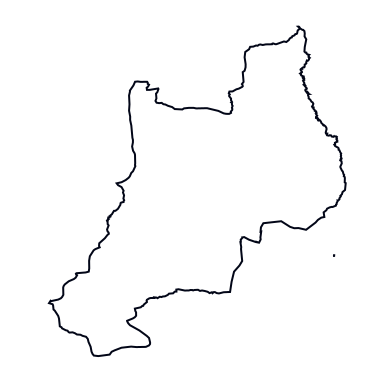 Shinyanga, Shinyanga, United Republic of Tanzania (Natural Earth projection), rotated 264°
{"feature_id": "72390352B3732768371218", "entity_name": "Shinyanga", "entity_type": "district", "adm_level": 2, "iso_a3": "TZA", "parent_name": "United Republic of Tanzania", "parent_adm1": "Shinyanga", "projection": "natural_earth1", "projection_center": [33.123, -3.598], "detail": "fine", "context": "isolated", "style": "outline", "palette": "ink", "viewbox_px": 384, "rotation_deg": 264, "n_neighbors": 0, "source": "geoboundaries", "source_scale": "gbopen_adm2", "svg_char_len": 6012}
<svg xmlns="http://www.w3.org/2000/svg" viewBox="0 0 384 384"><g transform="rotate(264 192 192)"><path d="M43.9,133.2L45.2,134.4L46.8,134.6L51.3,134.0L53.6,132.0L59.8,125.2L66.0,116.4L68.2,114.8L70.2,114.0L70.7,114.0L72.4,119.9L73.4,122.0L74.8,123.5L78.2,123.8L79.6,123.2L82.0,123.0L82.7,129.0L83.8,130.5L83.9,131.6L85.0,132.2L87.3,135.7L88.7,135.5L89.5,135.9L90.7,138.4L90.9,139.8L90.5,143.4L91.2,143.3L90.7,145.7L90.0,146.6L91.2,149.0L90.7,150.8L91.1,151.8L91.1,154.3L92.2,157.2L93.3,158.5L93.2,162.6L94.7,164.4L94.6,166.1L96.6,166.2L96.7,168.4L94.8,174.4L94.4,178.4L94.7,180.3L94.4,182.3L94.0,182.8L94.3,184.2L94.1,187.8L92.8,189.6L93.0,191.7L92.2,194.4L91.1,197.2L89.6,198.9L90.2,201.3L89.2,201.8L90.2,203.3L90.0,204.4L88.9,206.0L88.3,208.2L89.0,213.0L88.6,219.4L98.6,222.0L108.4,225.5L113.9,231.5L118.1,234.7L130.2,234.8L132.1,235.2L136.8,234.9L136.7,235.2L137.7,235.4L139.5,235.5L141.4,237.6L141.6,237.5L141.7,239.2L138.6,243.7L135.6,250.1L135.1,251.7L135.4,251.6L134.6,253.4L137.6,255.3L140.3,255.3L140.1,255.4L145.4,256.7L145.3,256.0L149.7,256.9L153.5,259.7L153.6,277.7L147.1,285.9L145.3,289.9L145.0,294.2L142.5,301.5L148.7,311.7L151.1,314.3L153.0,317.9L153.3,321.0L158.0,320.8L159.8,323.7L161.3,324.6L162.3,327.3L162.6,329.3L162.4,330.3L163.4,333.7L164.4,333.9L164.7,334.5L166.1,334.8L167.8,336.0L168.4,335.9L168.2,337.1L168.4,336.8L169.4,337.9L170.3,337.9L172.1,339.5L172.7,339.2L174.1,340.9L176.2,341.7L178.0,344.4L184.3,345.7L184.8,345.8L185.6,344.9L190.0,345.5L191.2,345.3L191.9,344.6L193.1,345.1L194.0,344.5L196.7,344.1L197.5,343.4L200.9,342.2L201.8,342.2L204.7,343.9L206.9,343.9L207.8,342.9L208.3,343.3L208.4,342.9L209.7,343.5L209.8,344.2L211.9,343.7L212.5,344.1L213.7,343.9L214.7,344.4L215.7,343.7L218.1,343.0L218.7,342.2L220.1,342.4L220.9,341.8L222.7,339.2L224.2,338.5L224.4,339.3L226.0,339.3L226.8,341.6L227.3,341.2L228.2,341.9L229.2,341.2L230.0,341.7L230.5,341.3L231.6,341.9L232.2,341.2L232.4,339.3L232.7,339.1L232.1,338.3L232.6,336.7L233.7,336.3L234.1,335.0L233.7,334.0L234.3,332.2L234.9,332.0L236.0,332.6L236.3,331.3L237.3,331.2L240.4,332.4L241.6,332.4L243.2,331.7L244.6,330.4L244.4,329.8L244.8,329.4L245.4,329.4L247.1,327.9L248.7,327.5L250.2,326.5L249.8,325.4L250.0,324.9L251.2,324.5L251.5,324.9L252.0,324.3L252.3,324.7L252.7,324.4L253.3,323.7L253.1,323.1L253.8,323.2L254.8,324.5L256.3,323.6L257.2,324.1L257.6,323.4L258.5,324.0L259.2,323.9L259.9,322.5L260.9,322.5L262.2,321.4L263.3,321.8L263.6,320.6L264.6,320.3L265.0,321.0L267.0,321.9L268.4,321.4L269.4,320.2L271.4,319.3L272.9,317.8L274.4,318.0L275.9,317.5L277.8,317.8L277.2,318.1L277.2,318.6L277.6,318.0L278.2,318.1L279.7,317.1L279.8,316.7L279.2,316.4L281.1,315.3L282.0,315.5L282.5,316.8L283.1,317.0L285.6,315.3L286.0,315.9L286.5,315.6L286.4,315.0L287.1,314.2L288.0,315.1L288.7,315.1L291.0,314.1L291.6,315.2L292.5,314.7L292.9,315.5L293.8,315.3L293.7,314.2L294.1,314.0L295.3,315.0L296.3,313.0L297.0,312.6L297.7,312.8L298.5,311.9L299.7,313.9L300.5,313.8L301.2,313.1L302.3,312.7L302.8,313.0L303.3,313.9L303.0,314.6L303.9,314.7L304.4,315.7L304.3,316.7L304.8,317.1L307.0,317.4L307.3,318.3L308.1,319.2L309.0,319.1L310.8,320.0L310.4,320.7L310.6,321.3L311.6,322.2L312.7,322.4L313.1,323.1L314.2,322.0L314.7,322.4L315.7,322.1L316.2,322.8L316.9,321.1L317.6,320.5L318.7,320.3L318.8,319.4L319.9,318.5L324.4,319.3L331.9,321.6L335.0,320.2L337.9,320.7L340.3,320.6L341.6,319.5L341.7,318.8L343.2,316.8L345.1,315.8L345.4,315.2L345.4,314.8L344.3,315.8L343.1,316.2L341.6,314.0L338.8,313.1L338.3,312.6L338.2,311.2L337.1,310.3L336.4,308.0L335.3,307.4L335.2,306.6L334.4,305.2L333.0,304.2L331.3,301.5L332.1,299.2L330.2,291.4L330.3,290.3L331.3,288.1L331.1,287.3L330.6,287.1L330.6,286.5L331.1,280.8L330.8,277.8L331.6,275.3L331.4,273.9L330.6,272.6L331.0,271.0L330.2,268.2L330.3,265.0L328.0,263.7L325.7,259.6L320.5,258.4L313.5,258.7L310.4,258.3L307.1,257.0L305.9,255.0L296.1,254.8L294.1,252.9L293.0,253.5L291.8,253.5L291.3,252.9L289.9,249.3L289.5,246.9L287.8,242.9L288.0,239.7L286.3,238.9L285.1,239.8L284.3,239.1L283.4,239.0L280.8,240.6L279.1,240.4L277.4,241.2L277.0,240.5L276.6,241.0L274.4,240.9L273.4,241.4L271.6,240.5L270.3,240.8L269.3,240.5L267.9,239.0L266.6,239.1L265.8,237.1L266.2,234.0L266.9,231.7L269.9,226.7L273.8,215.7L274.7,204.9L275.5,202.4L276.0,197.8L276.0,192.8L275.1,191.0L276.3,183.5L278.5,181.2L280.3,177.0L281.8,174.7L282.3,172.7L283.8,171.2L283.8,168.6L284.5,166.1L286.4,165.2L288.8,166.4L293.6,166.5L294.8,167.9L297.9,169.4L298.5,169.2L298.0,160.7L298.3,157.9L300.4,157.8L301.4,159.3L303.2,160.5L304.1,159.3L305.4,159.4L306.3,158.9L306.9,152.4L307.6,149.6L307.6,146.9L304.1,144.9L299.3,140.8L298.3,140.8L294.6,139.5L285.7,139.0L279.4,137.9L273.5,138.4L270.1,138.0L264.4,138.6L252.2,138.4L249.9,138.7L247.4,138.4L243.5,137.2L239.2,137.7L236.4,139.0L234.9,139.2L226.4,138.5L224.6,138.1L223.7,138.4L218.8,135.5L217.3,133.6L214.1,131.8L212.8,130.5L210.8,127.3L209.1,123.0L208.5,118.0L206.5,119.2L204.3,122.4L200.4,124.1L198.7,123.3L195.8,124.1L192.6,123.1L190.9,123.7L190.0,123.0L189.2,122.9L188.9,120.5L188.4,119.8L186.7,119.4L183.0,116.6L181.3,113.9L181.4,112.4L178.2,110.0L177.2,108.4L176.4,108.4L176.5,107.5L175.5,107.4L175.5,106.1L174.6,105.8L173.8,106.3L173.3,105.2L172.4,105.3L172.2,104.5L170.9,104.9L168.8,104.8L167.5,105.6L163.6,103.6L161.7,103.9L160.4,104.8L159.1,104.9L158.1,103.4L155.1,100.5L150.7,94.4L148.0,93.9L146.6,94.4L145.3,89.9L144.3,88.1L138.8,83.7L134.4,82.5L126.7,81.8L123.6,81.0L123.1,77.9L123.3,68.6L122.9,68.0L121.9,68.2L121.2,69.0L119.0,67.4L117.8,65.5L116.1,60.1L113.3,55.7L111.7,54.4L110.4,53.9L103.2,53.3L101.2,51.9L100.0,50.5L99.0,47.7L98.2,40.4L98.6,40.0L96.4,38.2L95.0,41.6L93.9,42.0L89.6,42.0L88.4,43.1L82.7,46.0L80.1,46.5L72.2,46.5L71.1,48.1L70.0,48.5L67.7,52.0L67.1,53.7L65.5,54.7L65.0,55.5L64.9,58.6L63.8,60.8L62.3,62.7L61.7,66.2L60.4,68.1L59.1,71.5L56.8,73.0L53.7,73.4L48.7,75.0L43.7,75.4L41.3,76.2L39.6,77.3L38.6,81.7L38.9,93.1L41.5,95.4L42.6,98.5L44.5,105.6L44.6,115.3L43.6,120.4L42.8,129.9L43.9,133.2ZM113.8,326.5L112.7,326.5L115.2,327.0L113.8,326.5Z" fill="none" stroke="#020617" stroke-width="2"/></g></svg>